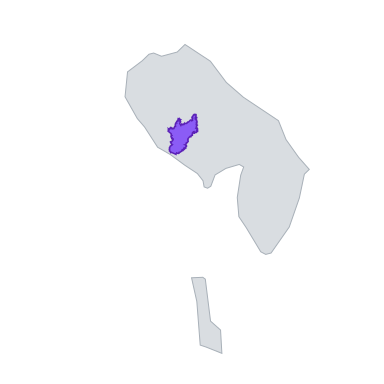 Salfit, West Bank, Palestine (highlighted), rotated 310°
{"feature_id": "87354302B3498749981476", "entity_name": "Salfit", "entity_type": "district", "adm_level": 2, "iso_a3": "PSE", "parent_name": "Palestine", "parent_adm1": "West Bank", "projection": "orthographic", "projection_center": [35.128, 32.112], "detail": "fine", "context": "in_parent", "style": "filled", "palette": "violet", "viewbox_px": 384, "rotation_deg": 310, "n_neighbors": 0, "source": "geoboundaries", "source_scale": "gbopen_adm2", "svg_char_len": 5886}
<svg xmlns="http://www.w3.org/2000/svg" viewBox="0 0 384 384"><g transform="rotate(310 192 192)"><path d="M300.5,91.8L304.0,122.0L298.0,147.8L297.6,170.4L302.2,212.4L292.6,230.3L287.1,251.4L284.7,267.3L277.9,266.6L256.4,278.1L227.7,289.0L196.1,291.8L191.6,288.6L190.4,283.1L199.6,256.3L203.2,243.8L216.9,230.2L236.2,218.5L244.4,215.5L243.5,210.5L231.9,202.8L219.9,198.7L208.5,202.7L204.9,201.5L203.7,198.0L207.7,193.2L209.6,184.3L207.9,169.3L206.7,151.0L204.2,136.9L211.3,113.9L213.1,102.9L221.9,79.5L242.6,65.4L260.4,69.5L269.9,70.5L273.8,73.3L276.4,81.4L289.7,90.7L300.5,91.8ZM126.0,246.8L133.6,255.1L133.8,258.2L105.0,289.2L104.6,302.6L87.6,318.6L82.3,302.5L80.0,296.7L111.2,266.1L126.0,246.8Z" fill="#d9dde1" stroke="#a8b0b8" stroke-width="1"/><path d="M210.2,147.1L210.1,147.4L209.8,147.5L209.7,147.6L209.8,148.0L209.4,148.2L209.0,148.4L209.1,148.6L209.0,149.4L208.7,149.7L208.5,150.5L209.1,150.5L210.2,154.4L210.5,155.5L211.0,155.1L211.8,155.5L212.1,155.2L212.5,156.4L212.9,156.9L213.2,157.1L213.7,157.1L214.0,156.6L215.0,157.4L215.6,157.4L215.9,157.5L216.0,157.7L216.8,158.0L217.1,157.9L217.1,157.6L217.5,157.4L217.8,157.3L218.5,157.6L218.5,158.2L218.4,158.4L218.6,158.4L219.2,158.1L219.3,158.2L220.1,158.4L220.2,157.7L220.4,157.7L220.8,157.6L220.9,157.8L221.1,158.3L221.4,158.4L221.0,158.7L221.4,158.7L221.7,159.0L222.0,158.7L222.2,158.4L223.2,158.1L223.4,158.4L223.6,158.4L224.1,157.8L224.0,157.5L223.7,157.3L223.8,157.2L223.8,156.9L223.9,157.0L224.1,156.9L223.9,156.4L224.2,156.6L224.4,156.6L225.0,156.5L225.1,156.4L225.4,156.4L225.8,156.5L226.2,156.3L226.4,156.4L226.4,156.2L226.9,156.4L227.3,156.4L227.4,156.5L228.0,156.6L228.5,156.5L228.7,156.2L229.0,155.3L229.3,155.2L229.6,155.3L229.7,155.1L229.8,154.8L230.8,154.6L231.4,154.7L232.0,154.6L232.4,154.7L233.0,154.7L233.1,154.8L232.9,154.8L232.9,155.0L233.0,155.1L233.3,155.0L233.4,155.3L233.7,155.3L233.8,155.6L234.7,155.2L234.9,155.3L235.2,155.4L235.4,155.5L235.0,155.7L235.3,155.7L235.6,155.9L235.8,155.7L235.9,155.4L236.0,155.2L236.4,155.0L236.5,155.1L236.9,155.1L236.8,154.9L237.4,154.5L237.5,154.7L237.8,154.5L238.0,154.8L238.8,154.5L239.1,154.5L238.9,154.4L239.1,154.3L239.4,154.6L238.3,155.0L238.6,155.1L238.6,155.4L238.8,155.3L238.8,155.7L238.8,155.8L239.1,155.7L239.1,155.8L239.5,155.6L239.7,155.9L239.9,156.6L240.0,156.8L240.3,157.0L240.5,157.0L240.5,156.8L240.7,156.7L241.5,156.5L241.7,156.8L241.7,157.1L242.0,157.1L242.1,157.3L242.3,157.2L242.5,157.1L242.5,156.9L242.6,156.6L242.4,156.6L242.4,156.3L242.6,156.3L242.6,155.9L243.0,155.9L242.9,155.8L243.1,155.7L243.4,155.6L243.9,155.4L243.9,154.9L244.1,154.7L243.9,154.5L243.6,154.5L243.4,154.0L243.9,154.0L244.2,153.8L244.4,153.8L244.5,154.0L244.6,153.6L244.9,153.5L245.0,153.3L245.3,153.3L245.3,153.2L245.5,153.0L246.7,153.1L246.7,152.7L246.3,152.3L246.3,152.0L246.4,151.9L247.5,151.3L247.7,151.2L247.9,151.3L247.9,150.9L248.1,150.8L248.1,150.7L248.3,150.6L248.6,150.7L248.5,150.3L248.7,150.6L248.8,150.6L249.1,150.4L249.3,150.4L249.5,150.2L249.5,149.5L249.8,149.5L250.2,149.2L250.2,148.9L250.2,148.6L250.4,148.2L250.0,147.7L250.3,147.4L250.6,147.6L250.9,147.2L251.1,147.3L251.1,147.0L251.2,146.8L251.3,146.9L251.4,146.7L251.7,146.8L251.4,147.1L251.4,147.4L251.3,147.5L251.6,147.9L251.8,147.8L252.0,147.9L252.2,147.7L252.2,146.5L252.8,146.0L253.1,145.9L253.7,145.7L253.9,145.0L253.8,144.9L253.0,144.5L253.1,144.4L252.9,144.2L252.9,143.8L252.7,143.8L252.1,143.7L252.1,143.8L251.5,143.9L251.0,143.8L250.6,143.9L250.3,143.8L249.2,143.9L249.2,144.0L249.3,144.6L248.8,144.8L248.7,145.0L248.8,145.2L248.6,145.3L248.2,145.2L248.2,145.4L248.1,145.5L247.5,146.0L247.2,146.4L246.5,146.0L246.7,145.8L247.0,145.9L247.1,145.7L246.6,145.4L246.1,144.5L245.0,144.5L243.5,144.4L243.3,144.3L243.2,144.1L243.0,143.8L242.2,143.9L242.1,143.7L241.1,143.8L240.9,143.6L240.9,143.4L240.1,142.8L239.8,142.4L239.6,142.4L239.7,142.1L239.4,142.2L239.1,142.1L239.0,142.3L238.5,142.4L238.4,142.2L238.1,142.0L238.1,141.9L238.3,141.9L238.2,141.8L238.2,141.5L238.0,141.4L237.9,141.6L237.7,141.6L237.8,141.2L237.5,140.9L237.2,140.9L237.3,140.6L236.8,140.8L236.3,140.0L236.0,140.2L236.1,139.9L236.4,138.9L236.7,138.4L237.6,138.4L238.0,137.8L238.2,138.1L238.3,138.1L238.7,138.0L238.8,137.8L238.7,137.8L238.5,137.3L238.7,137.0L239.1,137.0L239.1,136.9L239.3,136.8L239.2,136.2L239.3,136.2L239.5,136.1L240.1,136.5L240.0,135.8L240.0,135.3L240.1,134.9L239.9,134.9L239.6,134.6L239.4,134.9L238.9,134.9L238.9,134.7L238.7,134.9L238.6,135.1L238.4,135.2L238.3,134.9L238.1,134.8L237.5,135.2L237.2,135.6L236.3,134.8L235.5,135.3L235.1,135.4L235.0,135.6L234.9,135.4L234.6,135.2L233.9,135.3L233.8,135.5L233.7,135.5L233.4,135.8L232.9,135.9L232.9,136.1L232.6,136.3L232.1,136.6L231.8,137.0L231.6,136.6L230.7,136.7L230.3,137.1L230.1,137.1L229.6,137.2L229.0,137.3L228.8,136.6L228.2,136.8L228.0,136.6L228.1,136.4L228.4,136.3L228.4,136.2L228.0,136.0L227.9,136.1L227.8,135.8L227.6,135.8L227.7,135.4L228.0,134.6L227.9,134.3L227.6,134.0L227.4,134.0L227.3,134.3L226.7,134.3L226.6,134.6L225.6,134.4L225.8,134.2L225.6,133.8L225.6,133.7L225.4,133.5L225.2,133.6L225.2,133.4L224.6,134.2L224.3,134.0L224.1,134.4L223.4,134.5L223.5,134.7L223.7,134.8L223.8,135.0L223.5,135.2L223.2,135.8L223.3,137.9L223.2,138.8L222.4,139.2L222.4,140.2L222.4,140.3L221.2,140.0L220.7,140.6L220.7,140.8L220.3,141.7L220.1,141.8L220.0,142.0L220.3,142.0L220.4,142.3L220.5,142.3L220.4,142.5L220.2,142.5L220.1,142.8L220.5,143.0L220.6,143.4L220.5,143.6L219.6,144.0L219.3,144.0L219.1,144.0L217.7,144.1L217.5,143.7L216.6,143.2L216.4,143.4L216.3,143.8L216.2,144.2L216.1,144.3L216.3,144.4L215.8,145.5L215.6,145.9L215.3,145.9L215.3,146.0L215.1,146.1L215.1,146.4L215.2,146.5L214.9,146.5L214.8,146.4L214.3,146.3L214.2,146.2L213.9,146.2L213.5,145.9L213.3,145.8L213.0,146.0L212.8,146.1L212.6,146.2L212.3,146.1L212.1,146.1L211.8,146.1L211.5,146.2L211.3,146.7L211.2,146.7L210.7,146.8L210.4,147.1L210.2,147.1Z" fill="#8b5cf6" stroke="#5b21b6" stroke-width="1.5"/></g></svg>